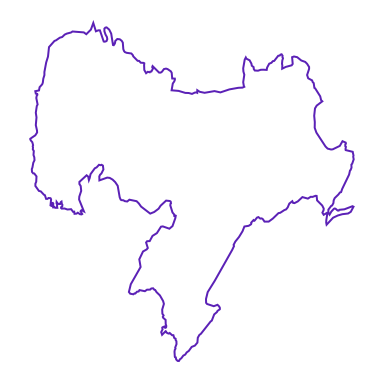 Malemba-Nkulu, Katanga, Democratic Republic of the Congo
{"feature_id": "63176286B11863220768150", "entity_name": "Malemba-Nkulu", "entity_type": "district", "adm_level": 2, "iso_a3": "COD", "parent_name": "Democratic Republic of the Congo", "parent_adm1": "Katanga", "projection": "equal_earth", "projection_center": [26.787, -8.06], "detail": "fine", "context": "isolated", "style": "outline", "palette": "violet", "viewbox_px": 384, "rotation_deg": 0, "n_neighbors": 0, "source": "geoboundaries", "source_scale": "gbopen_adm2", "svg_char_len": 5842}
<svg xmlns="http://www.w3.org/2000/svg" viewBox="0 0 384 384"><path d="M162.1,334.8L165.6,331.2L166.1,331.5L166.4,332.5L167.8,333.3L168.9,333.6L169.7,333.0L172.1,335.2L173.4,335.2L174.2,337.9L175.6,338.7L175.6,339.9L176.4,341.2L176.5,344.1L175.2,347.6L175.5,348.7L174.8,349.8L174.5,351.7L174.8,356.6L175.0,357.2L175.8,357.4L176.2,359.5L177.6,360.9L178.9,361.0L180.0,359.2L181.3,358.3L183.3,355.6L185.2,354.6L186.7,352.4L188.8,350.9L191.7,346.9L194.9,345.6L197.4,342.6L197.8,337.7L199.4,334.9L200.9,333.8L210.6,321.5L211.8,320.6L214.2,314.4L216.9,312.1L217.5,310.9L219.8,309.3L219.9,308.0L219.2,306.5L217.5,304.8L213.8,306.2L207.1,304.0L206.1,302.8L206.0,299.0L207.7,292.1L214.8,280.7L232.2,249.9L234.0,246.1L233.6,244.9L235.3,241.6L239.0,237.0L242.5,231.3L244.4,226.5L248.7,225.8L251.0,224.3L251.3,223.7L251.2,222.6L253.5,220.1L254.2,220.8L254.6,220.6L257.0,217.6L258.4,217.1L260.3,218.6L261.7,218.4L262.8,219.1L264.5,221.6L268.7,221.6L272.8,218.6L278.5,213.1L280.2,212.8L284.3,210.1L286.1,209.4L287.7,207.4L289.3,203.6L292.3,201.2L293.1,202.9L294.5,203.1L297.8,201.4L302.4,197.1L307.9,198.6L310.7,196.8L312.6,196.9L315.5,195.8L316.6,195.9L317.1,200.4L322.2,205.5L323.7,208.5L323.6,210.1L322.4,212.7L323.7,214.8L326.7,213.0L327.3,213.9L326.3,220.1L326.2,222.6L326.6,224.7L333.1,217.7L337.8,215.5L342.3,214.2L348.1,213.5L350.8,211.8L353.5,206.7L352.5,206.2L344.4,209.3L339.3,209.8L338.7,210.6L337.6,210.5L335.5,208.7L334.7,208.5L333.9,208.8L331.3,211.6L329.6,214.6L328.3,212.4L328.4,209.6L331.2,205.9L332.1,205.5L333.4,203.1L333.7,200.3L334.7,198.1L338.4,194.5L339.9,192.5L341.1,192.1L342.2,188.9L349.1,174.6L350.0,170.5L350.6,170.0L351.5,167.7L351.4,164.6L352.2,163.7L353.7,159.3L353.2,156.7L353.5,155.6L352.7,151.8L345.7,150.1L345.5,149.1L345.9,146.8L345.3,146.2L345.3,144.4L345.9,143.7L345.7,142.6L342.5,141.2L339.8,145.9L332.8,149.3L331.1,149.5L327.6,148.6L325.5,146.5L316.4,132.6L314.7,127.8L314.8,122.1L314.2,115.8L315.0,108.4L316.7,105.6L322.3,101.3L321.1,100.1L320.2,96.3L315.2,88.4L314.4,87.9L313.7,83.1L312.7,82.1L312.1,80.4L308.2,78.3L307.1,75.0L309.1,68.9L309.1,67.0L307.1,63.8L305.2,61.9L301.3,60.5L297.2,57.2L294.0,56.5L292.1,57.2L292.7,63.9L291.7,65.3L285.8,66.9L282.2,68.7L282.3,65.2L282.0,63.9L282.3,60.5L283.0,58.2L282.4,57.0L282.6,55.8L281.6,54.3L280.5,54.6L279.8,55.5L278.2,55.8L274.2,60.9L272.8,61.2L271.4,62.8L269.2,63.7L267.1,67.6L266.7,69.9L263.1,69.7L260.7,69.8L258.0,70.7L254.8,70.5L253.8,69.1L253.6,67.1L251.8,65.7L251.4,63.6L249.6,60.3L246.4,58.7L245.8,57.5L244.7,59.7L243.2,68.3L243.4,71.5L244.3,74.7L243.2,82.2L243.8,85.8L244.3,86.8L242.5,87.6L238.3,87.8L229.4,89.4L220.4,92.4L214.5,91.1L204.6,92.8L199.7,91.8L197.3,90.2L197.2,92.8L196.3,92.4L194.8,92.6L192.0,93.9L188.7,93.0L185.3,92.9L178.6,90.9L171.6,90.3L172.8,83.5L174.2,81.5L174.9,79.7L174.8,78.6L172.2,78.5L171.7,72.8L170.8,71.3L167.6,69.1L166.0,68.6L163.9,69.1L162.0,71.7L160.7,72.6L159.1,72.6L152.6,66.1L152.2,67.1L153.0,68.5L151.4,71.5L150.3,71.6L149.8,72.3L147.8,71.8L146.1,73.2L144.3,70.0L144.1,65.2L144.3,63.3L143.7,62.9L140.7,62.7L139.1,60.9L137.6,60.8L133.2,56.3L133.0,55.4L131.4,53.5L126.6,52.8L124.9,52.1L124.0,51.0L123.3,49.1L122.8,42.6L121.7,40.8L119.8,39.3L117.3,39.0L115.2,41.1L115.1,42.6L114.9,43.3L114.4,43.4L114.4,44.3L113.7,45.2L113.0,45.0L111.2,33.6L109.2,29.6L106.6,27.4L105.4,27.6L104.4,28.6L104.4,31.2L105.5,34.5L106.9,37.0L107.3,39.1L106.5,41.1L104.8,41.7L103.7,41.5L99.9,30.3L98.4,30.3L95.9,31.3L93.3,23.0L90.9,29.6L86.3,34.2L83.8,32.4L72.5,31.5L71.0,32.5L66.8,33.6L64.7,34.6L62.2,37.0L59.8,37.7L55.9,40.4L54.5,40.9L49.0,47.1L48.0,56.6L46.2,62.4L44.4,72.0L44.4,75.1L43.3,78.7L42.8,82.7L42.2,84.3L39.6,87.2L39.0,90.4L35.3,91.2L35.8,93.6L37.2,93.9L37.4,94.8L36.7,95.8L36.3,98.0L37.6,104.5L36.8,106.0L35.8,112.7L36.5,117.4L35.8,125.1L37.0,130.5L37.1,132.5L35.3,135.3L30.3,138.7L30.3,139.5L31.0,140.7L32.3,142.2L33.1,145.2L32.7,146.2L33.0,147.4L32.8,149.3L33.8,151.0L33.5,155.0L34.3,157.3L34.5,160.2L33.3,162.7L32.4,167.6L31.8,169.1L32.0,171.9L33.2,173.4L34.3,173.5L36.5,176.4L36.2,181.8L35.4,183.7L35.4,186.0L38.9,190.9L40.8,191.4L44.0,194.8L44.9,195.2L46.1,198.9L47.5,198.9L48.5,198.0L50.5,198.2L51.1,199.3L50.5,205.4L51.4,205.9L51.7,205.6L52.0,203.0L52.8,202.9L53.3,203.7L52.9,206.8L53.2,207.4L54.3,206.8L55.1,207.8L57.3,207.8L57.0,206.0L57.2,204.9L56.5,203.1L56.6,201.9L58.0,203.9L60.1,204.0L60.8,202.1L61.5,201.6L61.8,203.8L62.4,204.8L62.2,206.4L61.2,207.1L61.0,207.9L61.7,208.6L64.6,208.5L67.4,209.5L71.1,209.2L73.2,211.9L74.2,211.7L74.5,213.8L76.6,213.6L77.8,212.7L80.0,214.2L81.6,214.4L82.2,214.0L80.6,211.3L81.0,210.6L81.6,210.2L83.9,211.4L79.1,199.5L79.3,196.6L81.2,190.9L80.7,186.0L79.4,184.0L79.4,181.9L86.6,175.3L88.2,176.6L88.9,180.1L89.7,178.0L90.5,174.2L94.8,168.3L96.6,167.4L99.0,164.8L100.7,165.2L101.6,164.8L102.9,165.6L103.4,169.5L101.4,173.5L100.1,174.7L99.3,176.4L99.4,180.4L107.2,177.6L109.7,177.9L112.6,179.6L115.2,182.1L117.7,185.8L119.7,197.3L120.6,199.5L121.3,200.1L123.5,200.3L124.6,201.1L127.2,201.5L129.4,199.7L136.6,201.2L138.8,203.4L141.1,206.6L150.2,213.6L154.2,212.0L158.6,208.7L160.6,205.7L166.1,200.6L169.8,201.0L170.7,201.6L171.0,203.3L170.5,203.8L170.3,205.4L172.5,212.5L174.1,214.4L174.3,216.1L174.9,216.3L175.9,214.9L175.3,218.2L172.5,226.1L169.4,228.7L162.8,226.4L161.0,226.7L156.9,233.1L152.5,235.9L149.7,241.1L147.1,241.2L146.1,242.5L147.8,248.0L146.7,249.4L143.0,251.5L139.3,259.3L140.6,267.0L130.8,284.2L128.9,292.0L130.2,293.7L133.4,294.3L134.5,293.4L135.3,293.5L137.0,291.7L138.6,291.5L139.5,290.1L144.9,291.2L147.0,289.7L150.1,289.6L151.3,288.5L153.1,288.3L154.4,289.8L155.2,290.0L156.5,292.1L159.9,295.4L163.1,301.0L163.9,303.9L162.2,309.6L162.4,313.8L163.6,315.4L162.8,316.9L163.2,317.8L165.6,319.9L165.7,324.0L166.3,326.0L166.1,327.3L165.6,327.8L165.1,327.8L164.4,326.5L162.5,327.3L162.2,327.8L162.6,329.3L161.2,332.1L162.1,334.8Z" fill="none" stroke="#5b21b6" stroke-width="2"/></svg>